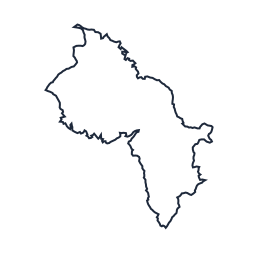 the district of Bofete, São Paulo, Brazil, rotated 290°
{"feature_id": "56859067B50203748010191", "entity_name": "Bofete", "entity_type": "district", "adm_level": 2, "iso_a3": "BRA", "parent_name": "Brazil", "parent_adm1": "São Paulo", "projection": "natural_earth1", "projection_center": [-48.291, -23.129], "detail": "fine", "context": "isolated", "style": "outline", "palette": "slate", "viewbox_px": 256, "rotation_deg": 290, "n_neighbors": 0, "source": "geoboundaries", "source_scale": "gbopen_adm2", "svg_char_len": 4750}
<svg xmlns="http://www.w3.org/2000/svg" viewBox="0 0 256 256"><g transform="rotate(290 128 128)"><path d="M105.4,218.4L105.0,215.4L103.9,213.5L105.8,211.6L107.2,210.7L109.0,211.9L109.4,210.4L110.9,208.7L112.6,208.7L114.2,208.2L115.7,208.3L115.3,205.6L114.0,203.9L113.2,202.5L114.8,201.4L116.7,201.0L118.1,201.0L119.9,201.2L121.6,200.0L123.4,199.4L125.1,199.5L127.1,199.1L127.8,197.8L129.9,196.3L132.0,195.5L134.2,196.3L135.8,196.8L136.8,198.6L138.1,199.0L141.2,199.1L142.4,200.9L143.3,203.4L142.1,206.5L142.2,209.9L144.0,211.5L145.2,210.3L145.9,208.3L148.2,206.0L150.1,206.1L151.1,207.0L152.9,207.6L155.2,207.5L157.7,207.2L158.4,205.7L157.7,201.9L158.4,198.3L156.9,196.6L155.0,195.9L153.7,195.4L152.1,195.4L151.4,193.4L151.3,190.3L150.1,188.6L150.1,186.7L149.3,185.2L149.6,183.3L149.0,181.2L149.9,179.2L150.7,177.5L151.8,178.4L153.3,176.9L155.1,175.8L155.1,173.9L155.5,172.4L155.7,170.3L157.4,169.0L158.8,167.5L160.7,166.1L161.9,165.4L163.4,163.8L165.9,163.2L165.9,161.4L168.3,160.7L170.3,160.3L172.4,159.7L174.3,158.7L175.9,157.2L177.8,156.4L178.4,154.1L179.8,152.4L180.1,150.8L180.3,149.3L181.5,147.1L181.6,145.2L182.6,142.7L183.7,140.9L182.8,138.9L183.0,136.4L183.5,134.0L183.0,131.5L183.1,128.6L182.0,126.6L179.9,126.9L179.3,125.0L180.3,123.1L179.5,121.6L178.1,120.4L179.1,118.9L180.6,118.2L182.8,119.2L184.4,118.1L185.4,116.3L186.2,115.0L187.7,114.9L188.2,112.9L187.0,111.1L188.7,110.6L190.1,112.0L191.4,112.8L192.2,111.1L193.0,109.5L191.9,107.4L192.3,105.6L193.5,105.4L193.5,103.7L191.2,102.7L191.6,101.1L194.2,100.9L196.1,100.8L195.5,99.3L196.0,97.1L197.7,96.5L198.5,98.6L198.1,100.7L199.1,101.7L199.9,100.0L200.5,98.1L201.2,95.8L201.7,94.3L199.7,94.1L200.7,91.5L203.2,91.7L205.1,92.1L206.6,90.6L205.9,89.3L204.6,87.7L204.4,85.4L204.6,83.5L204.6,81.4L206.1,79.6L207.0,77.6L208.9,76.0L206.7,74.8L205.3,74.0L203.9,73.8L202.8,72.2L205.3,71.0L207.2,70.0L207.8,67.2L207.0,64.5L208.6,62.4L208.0,59.9L207.1,58.1L206.7,56.1L206.8,54.5L206.6,52.4L206.9,50.4L207.6,48.6L208.0,46.9L207.9,45.1L206.5,44.2L204.4,42.8L204.8,44.8L205.3,47.4L205.5,49.8L204.5,52.2L202.8,53.4L200.7,55.4L199.1,55.8L197.9,56.3L196.3,57.5L194.8,58.5L192.4,59.0L190.9,58.5L189.5,57.4L189.1,55.3L188.4,53.4L187.5,51.4L185.1,49.2L182.6,50.6L180.8,51.1L178.7,51.6L176.9,52.1L176.0,53.9L174.4,55.6L173.5,56.9L172.2,57.7L170.8,57.3L169.0,56.7L167.3,56.0L166.1,54.1L164.7,52.9L163.5,52.0L162.5,50.0L160.8,48.9L159.2,47.4L157.3,46.4L155.9,45.2L154.3,44.2L151.9,43.8L150.4,43.1L148.3,42.4L146.8,41.8L145.3,41.7L144.4,40.3L142.3,39.2L140.4,38.7L138.7,38.2L137.2,38.1L135.5,37.6L135.3,40.1L135.4,42.3L135.1,45.1L134.2,46.1L133.7,49.3L132.1,51.1L130.7,52.7L129.5,54.1L128.4,55.3L126.4,56.1L123.9,56.8L122.8,58.1L122.4,60.5L120.9,61.5L119.3,60.9L118.0,63.0L117.1,64.7L115.9,63.1L114.6,61.3L113.3,62.6L110.7,61.9L111.1,63.4L111.3,64.9L109.9,66.0L111.0,67.5L110.0,68.7L108.8,69.9L107.7,72.0L107.2,74.0L109.2,73.9L111.2,72.8L112.8,73.4L110.9,74.5L109.8,75.4L108.2,75.9L106.7,76.6L106.2,79.1L105.9,82.2L107.8,84.2L106.7,85.7L108.2,87.4L109.6,87.9L110.9,88.0L110.5,89.8L108.0,92.1L106.6,91.6L106.4,93.2L105.1,94.9L105.9,96.5L107.3,97.5L108.2,96.1L109.4,97.5L111.1,98.1L110.0,100.0L108.9,101.8L107.8,103.7L109.5,104.5L111.1,104.6L112.4,104.9L108.7,106.5L109.0,108.3L107.0,108.0L105.9,109.2L107.2,109.9L107.9,111.4L106.7,112.2L106.4,113.7L107.5,115.5L108.8,116.2L111.3,118.7L112.7,120.1L114.4,121.0L115.8,122.5L117.5,123.6L119.4,123.0L120.7,122.1L121.0,123.6L121.9,125.3L122.5,127.8L121.0,128.7L119.5,128.4L119.7,130.5L121.0,132.0L122.7,133.4L124.2,134.0L125.7,134.3L127.4,135.5L128.7,137.0L129.7,138.9L128.0,139.1L127.0,137.7L125.5,137.1L124.1,136.8L122.3,136.4L120.7,135.8L119.3,135.1L117.0,134.9L115.5,133.4L113.5,133.5L112.9,134.9L111.8,136.5L109.6,138.5L109.1,140.2L107.7,139.6L104.8,140.5L103.7,142.2L104.7,144.5L105.1,146.1L104.6,148.3L103.2,149.4L100.8,149.7L99.0,151.7L97.1,154.5L95.0,155.3L94.0,156.7L93.3,158.1L91.0,158.5L89.7,159.3L88.0,159.9L86.8,159.8L85.3,162.1L82.9,163.0L81.2,164.1L79.1,165.1L77.3,166.8L75.5,166.3L74.8,167.8L73.7,169.2L72.1,170.1L70.5,171.1L68.8,170.7L67.6,171.6L66.4,170.7L64.9,171.7L63.2,173.1L62.0,174.6L61.0,176.0L59.9,177.1L59.3,179.0L58.5,180.5L57.9,182.3L57.6,184.7L57.4,186.2L55.8,186.1L54.0,185.6L53.3,187.0L51.2,187.4L49.9,189.4L48.5,191.0L47.4,191.8L47.2,193.4L48.3,194.2L48.2,195.9L47.1,197.6L49.2,198.3L53.1,198.9L55.0,199.7L57.4,200.0L59.2,200.0L60.9,201.0L62.7,201.6L64.5,202.6L66.2,202.4L67.6,202.0L69.3,202.1L71.5,203.4L72.9,202.4L74.2,201.0L76.7,200.3L78.4,199.5L79.6,198.0L81.6,199.9L83.6,200.7L84.9,200.9L85.8,202.6L87.0,204.2L87.2,206.0L86.7,208.6L86.7,210.3L88.7,211.8L90.9,213.0L92.2,212.2L94.0,212.5L95.8,212.4L97.5,212.5L99.3,213.3L100.7,214.8L102.0,216.3L103.5,216.8L105.4,218.4Z" fill="none" stroke="#1e293b" stroke-width="2"/></g></svg>